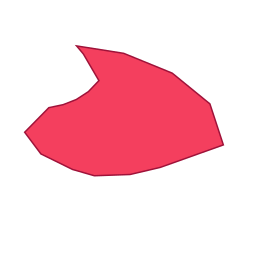 the border of Saint-Pierre, rotated 214°
{"feature_id": "SPM-4866", "entity_name": "Saint-Pierre", "entity_type": "Commune", "adm_level": 1, "iso_a3": "SPM", "parent_name": "Saint Pierre and Miquelon", "parent_adm1": "", "projection": "equal_earth", "projection_center": [-56.176, 46.782], "detail": "fine", "context": "isolated", "style": "filled", "palette": "rose", "viewbox_px": 256, "rotation_deg": 214, "n_neighbors": 0, "source": "natural_earth", "source_scale": "10m", "svg_char_len": 379}
<svg xmlns="http://www.w3.org/2000/svg" viewBox="0 0 256 256"><g transform="rotate(214 128 128)"><path d="M205.0,100.6L194.8,111.1L186.8,122.7L181.2,135.9L178.6,151.0L206.4,164.4L216.5,167.3L173.3,187.5L122.0,198.2L73.6,193.8L39.5,167.3L79.2,113.4L100.3,90.6L129.2,69.6L150.8,62.6L185.7,57.8L211.3,66.7L205.0,100.6Z" fill="#f43f5e" stroke="#9f1239" stroke-width="1.5"/></g></svg>